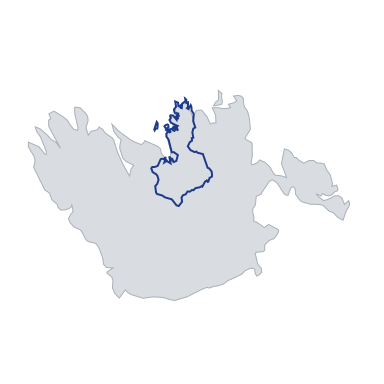 location of Galway within Ireland, rotated 80°
{"feature_id": "IRL-713", "entity_name": "Galway", "entity_type": "County", "adm_level": 1, "iso_a3": "IRL", "parent_name": "Ireland", "parent_adm1": "", "projection": "albers", "projection_center": [-9.136, 53.343], "detail": "medium", "context": "in_parent", "style": "outline", "palette": "blue", "viewbox_px": 384, "rotation_deg": 80, "n_neighbors": 0, "source": "natural_earth", "source_scale": "10m", "svg_char_len": 5557}
<svg xmlns="http://www.w3.org/2000/svg" viewBox="0 0 384 384"><g transform="rotate(80 192 192)"><path d="M234.9,60.1L227.9,65.3L226.8,67.3L225.0,75.0L224.8,77.2L220.5,85.9L218.0,87.7L214.3,89.2L212.1,90.6L209.4,90.0L206.0,90.1L204.3,91.7L204.4,92.9L205.5,94.2L211.9,98.0L211.5,99.7L209.8,101.6L198.4,106.4L195.1,109.2L193.9,111.1L195.2,114.2L204.5,123.2L206.1,124.2L207.5,129.6L215.6,131.7L219.0,135.0L221.9,135.7L228.1,135.3L230.6,136.5L232.0,135.5L232.8,133.7L239.6,126.9L237.3,122.1L244.0,113.6L246.0,113.6L249.3,116.1L252.1,119.5L253.1,124.2L255.8,128.4L257.5,129.8L262.0,130.5L263.1,132.2L262.5,138.4L263.3,140.4L274.6,139.8L279.1,137.0L283.1,137.3L285.1,140.0L286.1,142.8L282.7,144.0L279.2,143.6L277.5,145.5L277.5,149.1L278.9,153.7L281.4,156.9L283.6,164.2L285.6,172.4L288.2,177.3L289.0,183.4L288.8,186.5L289.5,191.9L288.5,193.8L289.5,198.9L294.4,215.2L295.8,228.1L293.9,233.0L291.3,237.7L289.7,243.2L288.5,249.1L288.1,258.6L282.4,269.9L279.9,272.7L276.9,274.6L283.8,282.0L278.5,285.7L272.6,287.0L266.0,285.3L261.9,285.7L256.9,289.9L255.7,289.2L253.0,282.9L251.4,289.5L247.7,291.7L241.2,291.4L230.4,293.5L226.3,295.4L224.6,298.4L223.4,301.8L221.8,303.8L219.9,304.9L211.5,307.6L209.9,308.6L206.1,314.1L201.0,317.4L196.8,318.4L193.0,315.3L191.4,313.4L189.7,312.4L183.9,312.6L185.7,313.6L186.9,315.8L187.6,320.1L187.0,324.3L184.1,326.5L180.7,326.9L175.4,331.3L168.3,332.6L164.4,336.6L140.8,343.5L139.5,343.5L136.2,341.8L132.7,341.0L129.2,341.5L119.2,345.3L114.5,344.5L120.6,335.1L128.9,330.4L129.7,329.1L127.1,328.4L111.5,331.6L106.0,334.3L100.6,335.1L103.2,330.8L110.2,325.0L116.3,321.2L118.9,317.7L126.2,313.9L102.6,321.7L96.4,320.7L95.0,318.4L90.1,319.4L88.4,313.9L95.7,305.7L99.9,302.2L104.8,300.3L109.6,297.6L111.4,294.2L109.1,293.1L95.0,293.8L88.2,292.9L88.6,290.3L89.9,287.3L97.0,282.4L100.8,281.6L104.2,282.1L110.1,285.2L118.1,284.3L114.8,281.0L114.3,274.4L111.8,272.2L115.0,269.1L118.8,267.3L125.0,261.0L127.2,260.1L139.4,258.6L152.5,255.3L165.5,250.7L158.8,248.1L155.6,244.7L150.5,251.6L146.8,254.2L136.4,255.6L133.1,254.8L128.4,252.7L127.0,253.5L125.6,255.1L118.7,258.4L111.4,259.1L119.9,253.1L130.7,242.7L133.1,239.4L136.5,233.7L135.4,231.1L133.2,229.7L141.0,217.9L143.7,215.7L148.6,215.4L152.2,213.5L153.8,213.5L155.2,212.8L158.4,209.3L153.5,207.0L148.5,205.9L132.9,207.1L130.9,206.8L129.0,205.7L127.7,204.1L126.8,200.1L125.7,199.2L122.2,199.2L118.7,200.4L116.3,200.2L114.0,198.5L117.8,194.4L113.0,193.4L108.0,194.1L104.0,192.8L103.9,190.3L105.7,187.7L103.4,185.2L102.9,182.2L105.5,180.7L108.3,181.2L114.1,179.0L121.4,178.0L115.1,175.7L112.7,173.7L112.6,170.8L113.1,168.2L120.4,164.1L128.2,162.2L127.6,159.4L128.2,156.4L120.4,155.4L112.6,157.5L113.5,151.7L115.4,146.5L115.8,143.1L115.5,139.4L111.9,140.9L111.5,135.7L110.0,132.1L104.7,134.5L104.9,129.8L106.4,126.5L109.2,125.1L112.0,125.8L117.1,125.7L122.0,123.3L129.1,122.7L140.4,123.6L148.2,130.6L150.2,129.3L153.3,124.9L154.8,124.4L166.5,126.3L173.8,128.8L175.8,128.0L174.7,123.1L172.2,119.7L175.3,115.2L179.0,112.2L181.6,110.6L187.4,108.7L190.0,106.9L191.6,101.2L194.2,96.4L179.6,99.0L165.6,93.5L167.8,89.5L170.7,87.2L175.7,85.4L176.2,83.3L178.8,81.6L183.0,77.0L181.3,71.1L182.1,66.7L185.1,63.9L186.0,59.8L187.3,56.8L193.5,55.6L199.3,52.8L208.4,52.2L210.8,53.3L210.2,48.4L214.4,47.7L216.1,48.6L216.9,52.1L218.9,54.3L219.6,58.1L218.4,61.1L216.2,63.5L218.3,65.8L215.3,70.1L218.6,68.2L223.3,63.9L223.0,60.5L222.0,56.3L220.6,52.5L221.1,48.2L223.7,45.5L230.7,44.0L227.7,39.2L230.3,38.7L233.1,39.7L237.3,43.3L246.1,48.3L242.0,53.1L236.8,56.5L234.9,60.1ZM111.1,153.6L110.9,155.9L107.5,153.0L105.9,149.9L96.5,148.4L100.4,145.3L102.3,146.3L109.0,146.5L110.8,147.8L111.1,153.6Z" fill="#d9dde1" stroke="#a8b0b8" stroke-width="1"/><path d="M154.9,214.0L152.9,211.9L154.6,212.5L156.1,211.7L156.3,213.1L158.1,214.1L157.1,211.4L160.0,208.2L152.9,208.2L156.8,207.1L155.5,206.5L155.9,205.7L159.3,205.0L158.7,202.1L153.2,199.5L149.6,203.0L149.4,205.0L136.2,206.0L133.0,207.6L130.0,207.1L128.5,204.9L129.4,203.6L129.0,202.7L128.2,202.7L127.6,205.8L126.3,206.9L125.5,206.0L126.5,203.8L126.1,200.2L128.0,200.0L128.8,198.7L126.9,196.8L129.1,195.2L125.9,195.7L126.6,198.0L125.3,199.5L124.5,198.7L125.2,195.8L124.5,194.6L120.2,200.7L117.2,201.7L115.5,200.0L113.5,200.4L112.7,199.9L113.5,197.2L118.3,194.6L116.6,194.1L117.6,192.5L114.8,194.4L113.8,193.4L115.4,191.3L113.6,192.4L112.4,191.9L111.7,193.2L111.8,194.8L110.0,195.5L107.5,195.4L105.3,192.9L100.0,192.8L101.6,190.2L105.1,190.4L105.8,189.6L104.2,187.4L107.3,188.3L107.7,187.5L103.3,186.4L101.2,182.5L98.9,182.5L100.0,181.6L103.3,182.1L103.0,180.4L107.2,181.1L108.6,182.4L109.7,181.1L106.2,178.2L108.0,177.8L111.6,178.2L115.2,176.8L122.5,178.5L129.0,177.6L129.8,179.7L133.3,181.3L138.8,181.3L138.9,182.9L141.5,183.1L142.5,185.5L146.3,188.2L150.5,186.2L153.1,182.6L153.0,180.6L154.3,179.8L156.5,174.7L170.9,172.4L171.8,170.9L175.3,169.1L179.7,169.4L180.6,170.1L181.0,172.1L184.7,174.2L184.7,174.9L183.2,175.4L184.0,177.3L188.4,180.8L187.8,181.2L188.7,183.6L188.8,187.9L190.5,190.3L190.0,191.7L191.3,194.1L190.7,196.3L193.2,198.6L193.6,201.4L195.5,203.2L199.9,203.5L203.5,207.5L202.4,209.6L195.7,213.2L192.5,219.7L190.4,221.7L187.8,226.9L186.1,227.5L179.9,227.2L177.9,224.8L174.1,222.8L170.3,223.2L168.4,224.1L165.6,227.3L161.6,228.0L160.5,226.8L160.9,224.4L160.3,221.2L154.2,217.1L154.0,215.6L154.9,214.0ZM123.4,216.9L124.8,218.1L123.9,218.3L116.9,214.6L118.5,213.9L122.3,214.7L123.5,215.2L123.4,216.9ZM123.9,203.8L125.1,205.7L124.1,207.2L122.5,207.7L121.7,206.7L121.2,204.5L121.7,203.8L123.9,203.8Z" fill="none" stroke="#1e3a8a" stroke-width="2"/></g></svg>